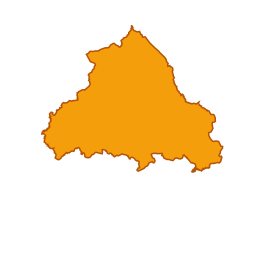 Ponorogo, Jawa Timur, Indonesia (Robinson projection), rotated 52°
{"feature_id": "22746128B39928875112308", "entity_name": "Ponorogo", "entity_type": "district", "adm_level": 2, "iso_a3": "IDN", "parent_name": "Indonesia", "parent_adm1": "Jawa Timur", "projection": "robinson", "projection_center": [111.509, -7.971], "detail": "fine", "context": "isolated", "style": "filled", "palette": "amber", "viewbox_px": 256, "rotation_deg": 52, "n_neighbors": 0, "source": "geoboundaries", "source_scale": "gbopen_adm2", "svg_char_len": 5785}
<svg xmlns="http://www.w3.org/2000/svg" viewBox="0 0 256 256"><g transform="rotate(52 128 128)"><path d="M102.0,56.7L99.6,56.7L97.2,55.7L94.8,55.6L87.9,56.6L86.4,56.5L81.5,57.5L74.0,58.5L67.3,58.3L66.7,58.4L65.4,60.5L63.1,59.7L62.1,60.3L61.0,59.8L59.7,59.9L59.1,59.4L57.9,61.6L54.8,63.3L53.3,63.4L51.8,62.3L50.0,62.0L49.7,62.3L51.3,63.7L51.7,64.6L52.6,64.9L53.3,68.7L54.4,69.5L54.7,70.1L54.3,71.2L55.0,72.0L55.3,73.4L54.3,76.1L54.9,77.4L54.7,78.5L54.9,79.7L57.7,80.5L58.0,81.3L59.2,82.4L58.9,83.2L59.3,84.6L58.4,85.3L57.2,85.2L55.5,86.3L52.9,86.7L52.3,87.5L51.9,90.6L52.8,93.6L50.6,97.1L49.1,101.8L49.1,103.9L47.1,106.4L46.3,108.3L44.3,110.5L44.3,111.6L44.8,113.3L44.3,115.4L52.5,116.8L56.0,114.7L57.6,114.5L58.4,115.0L58.8,116.7L60.4,118.2L60.4,120.0L61.2,121.6L61.7,122.1L61.3,124.1L61.5,126.1L61.9,126.7L63.6,126.8L65.1,128.3L65.9,128.4L65.9,129.0L66.3,129.7L67.9,129.6L68.6,130.2L69.8,130.4L71.1,132.8L71.4,138.8L70.7,139.2L69.7,140.8L69.0,144.7L69.3,145.6L69.1,146.5L69.5,146.5L70.9,148.1L72.1,148.3L73.2,149.7L74.1,149.4L74.9,150.1L74.9,150.9L74.2,151.5L73.5,153.4L73.0,153.6L72.3,155.1L72.3,155.9L70.6,156.9L70.3,158.0L70.5,158.5L70.5,160.7L68.9,162.9L68.2,163.3L68.5,165.7L69.0,166.0L69.3,166.8L69.6,166.6L70.9,167.4L70.8,168.7L70.0,169.2L70.8,170.2L70.8,171.7L70.0,173.1L70.1,173.4L70.8,173.3L70.9,173.8L72.1,175.6L72.0,176.3L72.5,177.1L72.7,178.2L71.9,178.8L70.8,179.0L69.7,177.9L68.6,178.4L68.2,179.1L68.5,179.7L68.4,180.8L68.7,181.3L70.3,182.1L71.1,181.8L71.0,183.0L71.3,183.5L71.7,183.3L71.7,182.9L72.3,183.3L73.1,182.8L73.9,184.1L74.2,183.9L74.6,184.4L75.2,184.5L75.5,187.2L76.1,187.2L76.5,187.9L77.3,187.9L78.0,189.2L78.6,188.9L78.7,189.2L79.2,189.4L79.2,190.7L78.8,191.0L79.4,192.0L78.9,192.3L79.4,192.7L79.1,193.7L79.6,193.8L78.7,194.7L79.2,195.1L79.3,195.7L79.2,196.2L78.1,196.0L77.9,196.3L78.5,196.6L78.8,197.2L78.4,197.9L79.0,198.4L79.2,199.2L79.8,199.6L80.2,198.4L80.7,198.0L82.0,197.7L83.5,197.8L83.6,199.3L84.0,199.2L84.3,199.8L84.4,199.6L85.0,199.7L85.1,200.5L85.8,200.8L87.5,202.7L89.2,202.1L90.8,202.4L91.5,201.3L92.4,201.8L92.6,202.3L93.1,201.6L94.6,202.1L95.3,201.7L96.0,201.9L96.8,201.4L98.1,199.2L98.2,199.8L98.6,200.1L101.8,200.5L102.2,201.3L103.8,200.8L104.8,201.3L105.7,202.0L106.3,203.4L106.9,203.8L109.3,202.9L110.3,202.2L110.5,201.7L110.5,199.7L109.7,197.3L110.1,196.6L109.8,195.5L110.1,194.8L109.9,194.7L110.1,194.5L109.6,193.8L109.8,192.8L109.3,191.7L110.6,191.3L110.6,190.5L111.4,189.6L111.4,186.7L112.5,185.4L112.8,185.4L112.9,184.4L112.4,184.0L111.6,182.3L111.9,181.4L112.7,181.1L112.8,179.0L114.5,178.7L116.2,179.4L118.5,179.3L118.6,180.0L119.2,180.7L119.9,180.9L120.5,180.5L120.1,179.3L120.4,178.2L122.2,178.5L123.7,179.4L124.8,179.5L125.7,178.9L127.1,177.4L127.7,176.2L127.3,174.2L126.8,173.0L127.5,171.8L127.2,168.8L127.7,168.0L132.4,164.3L131.9,163.5L129.7,161.9L129.3,161.9L129.5,161.0L131.4,159.6L132.4,159.8L133.0,159.0L134.9,159.7L136.0,159.5L136.8,158.6L136.8,157.6L137.1,157.2L138.3,156.8L139.2,157.1L139.7,156.5L140.7,156.8L142.3,156.5L142.6,153.5L143.9,152.9L144.9,148.4L146.7,147.5L147.7,146.2L149.0,145.8L149.8,145.2L150.1,145.6L151.6,145.5L153.1,145.9L153.6,145.4L153.1,144.7L153.2,143.2L153.8,142.6L155.0,142.0L156.6,141.7L157.6,141.9L159.2,141.4L160.0,140.5L161.1,140.0L162.0,140.3L162.7,141.6L166.4,143.3L165.8,144.5L166.6,146.8L167.6,146.9L168.4,146.3L169.7,140.3L169.3,138.0L169.6,137.2L169.7,136.0L169.4,134.4L168.6,133.6L168.5,132.5L169.4,129.7L170.9,129.6L171.4,129.1L171.2,128.0L170.6,127.0L168.3,126.2L166.5,127.0L163.6,126.1L163.1,125.8L163.0,125.4L163.4,124.1L164.7,122.1L166.5,120.4L169.1,116.7L169.3,116.7L169.8,117.7L170.4,118.3L171.7,117.6L173.7,118.2L176.5,116.9L178.2,115.0L181.0,113.1L181.4,112.2L180.9,109.8L181.1,108.8L182.4,107.5L183.8,106.7L184.1,106.1L184.6,105.8L185.2,104.1L184.4,102.2L183.4,101.4L183.6,100.7L184.1,100.2L186.0,100.6L187.1,99.6L187.9,100.2L189.4,99.8L194.3,99.7L195.0,98.7L195.9,98.4L197.2,97.4L197.9,97.3L200.1,98.2L200.7,100.6L201.6,100.5L201.6,101.1L201.2,101.6L201.5,101.9L201.1,102.2L201.5,102.5L201.0,103.1L201.6,103.9L201.6,104.5L202.1,104.5L202.3,103.8L202.7,103.9L202.9,103.6L202.6,102.3L203.4,102.2L203.5,101.9L202.4,101.0L202.0,101.1L202.6,100.3L202.5,100.0L202.0,100.1L202.0,99.0L202.9,99.6L203.4,99.1L203.2,98.6L203.7,98.5L203.7,98.0L204.7,98.1L204.9,97.6L205.6,97.5L206.4,96.6L207.0,96.6L206.9,95.2L206.3,94.8L206.8,94.3L206.4,93.8L207.1,93.8L207.2,93.1L206.9,93.0L207.4,91.9L207.1,91.3L207.7,91.2L208.6,89.5L209.0,89.4L209.4,88.6L209.3,88.2L208.9,88.3L209.0,87.9L208.8,87.5L207.6,86.7L207.0,85.2L207.6,83.5L208.7,82.4L210.4,78.5L211.6,77.8L211.7,76.7L211.4,75.5L208.8,72.0L208.2,72.4L207.5,72.0L207.3,72.7L206.2,73.4L205.4,73.2L204.8,71.0L203.4,69.7L202.8,68.5L202.0,65.9L200.8,64.8L199.9,65.8L199.3,65.9L194.4,64.9L192.4,66.6L191.4,68.7L190.5,69.5L187.1,69.7L183.8,69.0L181.4,67.4L182.2,64.9L180.6,61.3L179.0,60.6L175.9,58.7L175.6,58.0L176.0,56.9L176.6,56.3L176.5,55.0L173.6,53.0L171.1,52.2L169.9,52.4L168.3,54.4L164.6,53.7L163.3,54.6L163.4,55.0L162.8,55.1L162.6,54.7L162.1,55.2L160.4,55.4L159.9,56.0L159.1,55.8L157.4,57.1L156.2,57.1L156.0,56.8L155.8,57.1L155.0,56.9L154.3,57.6L152.5,57.5L151.9,57.2L151.3,56.2L151.1,59.5L148.9,61.0L148.4,62.8L147.6,63.1L146.5,64.2L145.6,64.5L145.0,65.3L144.5,65.2L143.5,66.2L142.8,65.9L142.3,66.3L141.9,66.2L141.2,65.2L140.0,65.0L139.4,65.4L138.5,64.9L137.4,65.1L137.2,65.0L137.2,64.4L136.5,64.6L136.1,64.2L134.8,64.4L134.9,66.2L133.8,65.6L131.7,65.9L130.6,65.4L130.3,65.8L127.9,65.7L127.2,65.2L126.1,65.1L125.7,64.2L124.8,64.1L123.9,64.6L122.3,64.0L121.7,63.9L121.2,64.2L120.1,63.2L117.6,62.6L116.7,60.4L114.8,60.3L114.0,59.6L111.8,59.0L111.4,58.4L110.4,58.1L110.0,56.9L109.4,56.8L109.1,56.4L108.3,56.0L107.4,56.0L105.5,56.9L104.6,56.6L103.8,58.6L102.3,57.5L102.0,56.7Z" fill="#f59e0b" stroke="#b45309" stroke-width="1.5"/></g></svg>